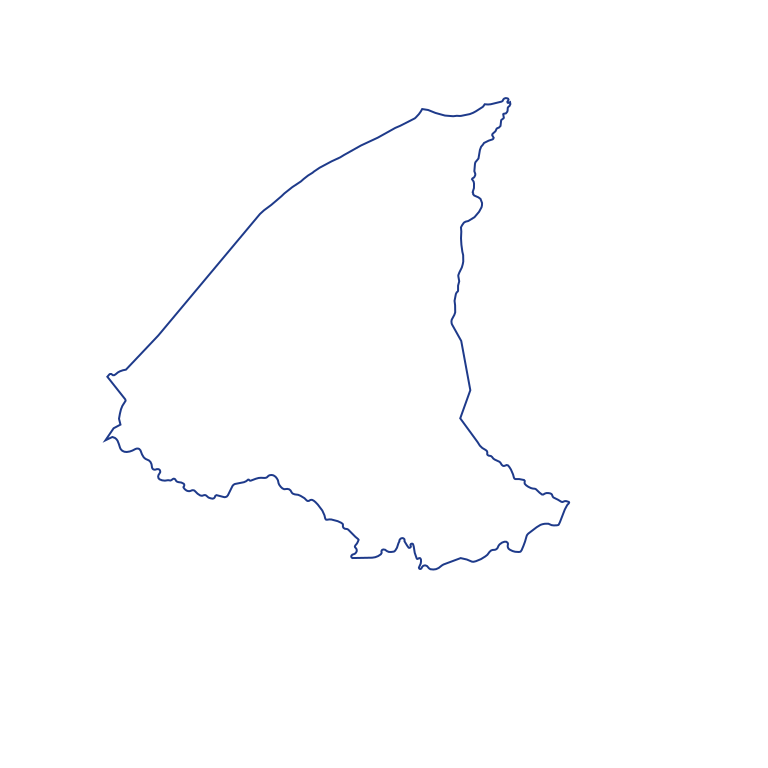 Sinuapa, Ocotepeque, Honduras (Natural Earth projection), rotated 236°
{"feature_id": "27666195B66978151973678", "entity_name": "Sinuapa", "entity_type": "district", "adm_level": 2, "iso_a3": "HND", "parent_name": "Honduras", "parent_adm1": "Ocotepeque", "projection": "natural_earth1", "projection_center": [-89.15, 14.455], "detail": "fine", "context": "isolated", "style": "outline", "palette": "blue", "viewbox_px": 768, "rotation_deg": 236, "n_neighbors": 0, "source": "geoboundaries", "source_scale": "gbopen_adm2", "svg_char_len": 6166}
<svg xmlns="http://www.w3.org/2000/svg" viewBox="0 0 768 768"><g transform="rotate(236 384 384)"><path d="M492.5,564.7L493.1,564.6L493.7,565.1L496.1,568.1L499.8,570.7L501.7,571.5L504.6,571.5L505.0,572.4L504.9,574.1L505.3,575.1L506.2,576.5L507.2,577.2L509.9,577.9L515.6,582.5L516.7,583.7L518.1,588.4L524.4,594.4L526.4,597.2L527.1,599.8L527.9,601.7L527.2,606.9L526.1,610.8L526.2,611.7L526.8,612.6L529.7,612.8L530.3,613.3L530.7,614.0L531.2,617.7L532.7,620.2L532.7,621.2L532.3,622.5L532.8,624.9L537.0,628.5L537.3,629.0L537.4,631.5L537.7,632.2L541.0,633.7L541.1,634.3L540.2,636.4L540.5,637.5L540.8,638.4L541.5,639.3L543.7,641.0L544.2,642.0L544.3,643.5L545.4,645.3L547.2,646.1L547.4,644.5L547.7,644.0L548.3,643.8L549.1,644.2L549.6,645.6L550.2,646.3L551.2,646.4L552.3,645.6L553.1,644.5L553.4,643.2L553.2,642.1L552.3,640.5L552.4,639.3L556.2,629.0L557.5,626.6L559.6,623.9L558.8,621.9L558.5,620.8L558.7,612.8L559.0,609.6L559.8,606.0L563.2,597.8L563.9,596.6L565.6,594.4L567.3,591.1L572.5,584.6L580.0,578.2L586.5,573.8L590.6,569.4L589.4,567.0L588.2,563.8L587.2,559.5L587.0,558.1L589.0,541.8L590.0,536.6L591.7,516.6L594.6,498.3L596.2,479.0L596.4,474.4L597.9,465.1L599.3,451.5L599.3,444.8L599.1,442.9L599.3,437.7L598.9,432.1L598.4,428.4L598.5,418.0L597.7,407.9L597.0,403.9L595.5,390.7L595.1,381.7L594.3,376.2L550.4,223.9L540.2,178.1L541.4,175.2L542.2,172.1L542.4,169.9L542.1,166.7L542.2,165.2L542.9,164.2L544.8,163.5L545.5,162.4L545.5,161.6L544.7,158.7L515.9,160.9L514.6,160.4L512.2,154.9L510.1,151.8L507.1,148.5L503.4,144.9L497.7,142.8L498.5,135.1L493.1,121.6L492.0,129.1L489.7,130.8L488.0,131.3L486.1,131.4L482.4,130.6L478.7,129.5L477.1,129.3L475.0,129.7L473.0,130.9L471.5,132.7L470.2,135.5L469.5,138.2L469.1,141.6L468.8,142.7L468.1,143.9L467.1,144.7L465.2,145.0L460.9,144.0L457.5,143.8L455.3,144.4L452.0,146.4L449.9,146.8L447.5,146.4L444.3,144.9L443.0,144.8L442.1,145.1L441.3,145.8L440.8,146.7L440.4,148.2L439.7,149.2L438.9,149.8L437.9,150.0L436.8,149.7L435.9,149.0L434.7,146.3L433.7,145.1L432.1,144.4L430.5,144.6L428.2,146.2L426.4,148.3L425.0,151.2L423.4,153.0L423.2,154.0L423.3,155.9L423.1,156.7L422.5,157.3L421.7,157.6L419.8,157.5L418.6,157.9L417.6,158.7L415.6,160.9L413.3,162.2L412.5,162.2L411.7,161.8L411.1,161.1L410.7,160.1L410.3,159.9L408.2,160.0L406.1,160.7L405.0,161.5L404.1,162.5L403.6,163.7L403.2,165.6L402.2,166.9L401.4,167.3L397.3,168.1L394.4,169.3L393.1,170.6L392.4,172.9L391.7,173.8L391.0,174.2L388.0,175.0L385.9,176.6L384.7,177.9L384.4,179.1L384.6,180.1L385.6,181.7L385.5,183.0L379.4,188.4L378.9,189.4L378.6,190.6L379.0,192.3L384.2,201.4L384.6,202.9L384.5,204.4L380.9,213.0L380.5,215.4L380.7,217.9L380.3,218.4L379.0,218.7L378.4,219.4L377.1,224.8L376.2,227.5L375.1,229.5L373.0,232.3L372.3,233.6L372.1,234.9L372.5,237.0L372.2,238.5L371.3,240.1L370.0,241.3L367.8,242.2L365.6,242.4L363.4,242.2L360.7,241.1L359.1,240.8L356.5,240.9L354.3,241.4L352.6,242.4L351.1,245.2L349.7,246.5L348.0,247.0L345.4,246.8L344.1,247.1L342.4,248.3L340.1,250.9L337.9,252.3L333.8,254.2L331.1,254.7L329.9,255.1L329.1,256.3L329.0,258.1L328.6,259.0L328.0,259.7L326.5,260.5L324.5,261.1L321.1,261.7L313.6,262.1L308.4,261.2L305.5,260.1L304.2,260.0L303.4,260.7L302.3,263.0L301.1,264.6L296.2,268.9L292.9,270.9L291.5,271.4L290.7,271.5L288.6,270.1L287.3,270.0L285.9,270.6L284.4,272.3L283.3,272.9L273.4,274.8L269.9,275.8L269.0,275.8L267.9,274.2L266.9,272.4L266.2,270.0L265.6,269.0L264.8,268.7L263.3,268.9L262.2,268.8L261.2,268.3L260.5,267.7L259.9,266.5L259.6,265.4L259.7,264.2L260.2,262.4L260.0,261.3L259.5,260.5L258.8,260.2L258.0,260.2L257.3,260.6L246.6,277.1L245.3,279.9L244.6,283.0L244.6,286.2L245.3,287.6L246.7,288.3L247.2,288.9L247.5,289.8L247.2,290.9L246.0,292.2L243.8,293.0L242.1,294.1L240.8,295.9L239.5,298.5L239.6,300.1L241.0,303.2L243.9,306.9L245.0,308.8L245.7,309.3L246.2,310.1L246.5,311.5L246.1,312.9L245.2,313.8L244.1,314.1L243.1,313.8L242.3,313.1L241.3,313.0L237.1,312.8L234.5,312.9L233.8,313.7L233.9,314.9L234.4,315.5L235.8,315.9L236.3,316.9L236.0,318.0L235.0,318.5L232.7,317.8L226.9,315.1L221.3,313.6L220.6,313.6L220.2,314.0L220.0,315.7L219.6,316.4L218.9,316.6L217.9,316.5L216.2,315.5L214.6,314.0L212.3,310.3L211.4,310.0L210.5,310.4L210.2,311.0L210.2,311.8L211.0,313.4L211.3,314.6L211.1,315.6L210.7,316.6L209.9,317.3L208.9,317.9L206.1,318.2L204.5,318.9L202.6,321.2L201.4,323.6L200.9,326.5L201.2,330.5L201.1,332.4L196.8,350.2L192.2,354.5L187.5,357.6L186.5,358.9L185.7,361.1L184.6,366.5L184.4,371.5L184.6,374.2L185.8,377.6L186.1,379.8L185.7,381.2L184.5,383.3L184.2,384.8L184.5,386.3L185.9,388.6L186.4,390.2L186.5,393.2L185.9,395.6L184.9,397.1L183.4,397.7L182.1,397.4L180.5,395.9L179.1,395.3L177.7,395.2L176.2,395.7L173.6,397.2L171.6,398.9L169.5,401.6L168.8,402.9L168.7,403.6L169.3,405.2L171.7,408.9L174.5,412.8L178.2,417.2L178.9,418.4L179.3,420.0L179.9,430.5L179.7,435.0L179.2,436.8L178.3,439.0L176.3,442.1L173.3,444.0L171.8,445.7L170.2,448.3L169.7,449.5L169.7,450.2L171.1,452.6L178.9,463.8L181.2,468.2L181.7,470.4L182.2,471.2L182.7,471.3L183.5,470.8L185.2,469.4L185.9,468.1L186.3,466.1L187.1,465.2L190.8,463.5L195.2,461.0L196.3,460.9L198.5,461.4L199.4,461.2L200.5,460.5L201.8,459.1L202.8,457.6L203.2,456.1L203.3,454.2L204.0,453.2L206.9,452.2L211.9,451.1L212.8,450.5L214.2,448.8L215.6,447.6L218.0,446.2L220.5,445.2L222.6,444.9L223.5,445.3L224.9,446.5L226.1,446.4L229.5,443.0L231.7,439.8L232.4,439.3L233.6,439.3L236.8,440.4L242.1,441.4L244.9,441.5L247.1,441.3L248.2,440.4L248.8,438.0L249.1,437.4L249.8,436.8L251.2,436.4L253.7,436.5L255.0,436.2L259.5,433.5L261.1,432.9L263.1,432.8L264.6,432.3L266.1,430.7L267.2,430.2L268.1,430.3L269.7,431.5L271.0,431.8L272.4,431.4L276.0,429.7L279.3,429.0L283.7,429.1L312.9,428.0L330.6,452.1L376.5,472.1L395.4,473.7L396.5,474.0L398.3,475.0L399.5,476.2L402.0,481.0L403.6,483.1L409.4,486.9L413.5,489.0L418.4,493.9L419.3,495.5L419.5,497.0L420.1,497.7L424.1,500.4L427.1,503.8L431.6,505.8L432.6,506.4L434.3,508.8L437.1,513.7L439.2,516.2L441.2,518.2L446.6,521.7L449.8,522.9L456.1,526.0L461.7,529.3L467.1,533.3L470.8,535.4L471.9,537.4L473.0,540.2L473.1,541.0L472.9,542.6L472.0,545.0L471.7,552.3L473.6,559.1L476.0,563.7L477.3,565.1L479.2,566.5L483.5,567.5L486.0,566.6L489.8,564.2L491.4,564.0L492.5,564.7Z" fill="none" stroke="#1e3a8a" stroke-width="2"/></g></svg>